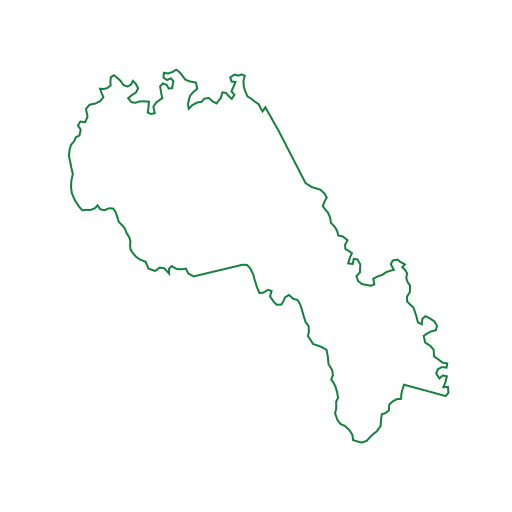 Videira, Santa Catarina, Brazil (Equal Earth projection), rotated 171°
{"feature_id": "56859067B98115345951737", "entity_name": "Videira", "entity_type": "district", "adm_level": 2, "iso_a3": "BRA", "parent_name": "Brazil", "parent_adm1": "Santa Catarina", "projection": "equal_earth", "projection_center": [-51.136, -26.989], "detail": "fine", "context": "isolated", "style": "outline", "palette": "green", "viewbox_px": 512, "rotation_deg": 171, "n_neighbors": 0, "source": "geoboundaries", "source_scale": "gbopen_adm2", "svg_char_len": 3760}
<svg xmlns="http://www.w3.org/2000/svg" viewBox="0 0 512 512"><g transform="rotate(171 256 256)"><path d="M90.0,163.5L94.7,167.7L98.2,170.1L101.6,167.7L102.9,162.6L106.5,165.2L107.1,171.8L108.5,180.4L111.5,184.1L113.9,187.5L113.1,192.4L109.7,196.3L108.5,202.5L110.4,206.7L111.0,210.8L109.5,215.3L111.0,219.1L113.3,222.1L110.2,224.4L114.0,227.3L117.0,230.4L121.7,230.1L124.1,226.9L122.1,220.7L126.6,220.3L130.2,219.6L134.2,217.6L139.2,216.7L143.7,215.3L143.6,209.4L147.1,208.7L151.6,210.1L156.0,211.9L159.0,215.3L160.0,220.3L155.9,223.6L154.3,231.4L156.4,236.8L159.9,237.8L161.7,233.0L166.1,234.3L163.2,240.2L160.8,243.8L163.4,246.3L166.6,248.9L166.3,253.1L163.2,257.3L167.3,261.8L171.5,263.3L172.0,268.3L173.7,272.6L176.8,276.9L176.8,282.4L178.2,287.8L180.3,291.0L182.2,294.8L179.5,299.6L177.0,302.4L178.5,307.0L182.3,311.6L190.2,315.4L195.6,320.2L200.6,335.3L213.9,375.6L223.5,401.4L226.9,397.8L228.4,401.4L229.4,405.3L232.5,408.2L236.2,412.2L239.3,414.8L240.7,419.5L241.6,425.4L240.9,431.3L238.9,435.8L241.8,437.6L245.2,436.9L248.8,438.5L253.5,436.5L252.9,432.2L249.1,431.1L251.7,426.8L254.5,422.5L252.1,418.6L255.4,415.0L258.2,418.6L260.1,421.7L263.5,422.9L266.0,417.7L271.1,412.9L274.5,415.4L278.0,419.5L282.3,419.5L285.6,416.8L290.0,416.8L295.3,415.0L299.3,412.0L299.5,416.5L297.6,421.5L295.5,425.2L292.0,427.9L287.9,430.4L288.2,436.6L294.1,438.8L298.2,441.2L300.5,445.6L303.0,449.8L305.7,452.5L309.7,450.8L314.4,450.0L318.3,451.4L319.5,446.6L316.3,443.7L312.3,444.8L310.2,441.5L312.7,434.9L316.0,435.1L317.4,438.9L321.0,441.0L324.2,438.5L324.1,431.4L323.9,426.5L330.5,423.3L334.0,419.5L333.7,412.9L337.6,412.7L340.5,414.7L339.1,419.0L337.6,425.2L342.5,426.3L347.1,426.9L351.0,426.2L355.0,427.4L357.6,431.9L353.5,434.3L349.1,436.2L346.2,440.1L347.6,444.4L350.1,448.2L352.8,444.7L356.4,443.5L360.1,445.5L362.3,450.0L365.5,454.1L368.1,456.8L371.4,455.3L372.5,451.2L372.9,447.1L377.0,445.0L380.4,444.8L383.8,445.6L383.1,441.4L381.9,436.7L385.7,433.3L390.9,431.7L396.6,431.5L400.9,427.9L400.6,419.9L403.9,414.8L408.4,416.3L411.4,412.8L409.4,408.2L411.5,402.7L415.4,401.4L417.7,397.8L421.4,394.6L423.5,390.1L425.1,384.2L424.8,379.0L424.6,372.6L424.1,365.7L426.7,358.9L427.9,353.1L428.1,346.9L426.1,339.2L423.1,332.6L420.4,328.3L416.1,328.1L412.3,327.4L407.7,328.3L404.6,330.8L402.5,326.5L398.6,324.9L393.6,326.1L389.7,325.2L387.8,321.5L386.8,315.6L386.2,311.1L383.7,307.7L381.3,304.0L380.3,299.1L378.3,294.4L377.7,290.3L378.7,286.4L378.9,281.9L376.8,277.4L374.2,273.5L371.0,270.6L365.9,267.6L364.2,260.4L358.0,257.0L352.9,259.6L348.6,258.3L344.6,252.2L343.9,257.0L340.9,259.2L336.5,255.7L331.9,254.5L327.3,254.5L325.6,249.3L320.9,245.6L275.5,249.1L270.9,249.5L266.2,248.6L263.5,244.5L261.6,238.2L261.0,232.3L259.9,224.9L258.4,218.9L254.5,218.7L249.4,220.7L246.1,219.0L248.4,213.9L245.5,207.6L243.2,204.7L238.6,204.0L235.8,207.4L233.7,210.6L229.6,212.4L225.7,207.7L221.8,206.1L219.9,201.2L218.9,194.5L218.1,187.9L217.4,183.0L215.0,178.4L215.6,173.0L217.2,168.8L215.0,164.1L213.3,160.0L210.1,158.5L205.0,155.5L201.0,152.3L200.8,144.7L201.3,138.0L198.6,131.3L198.7,126.1L201.0,122.2L199.1,118.4L197.9,114.5L197.2,108.4L197.1,103.2L199.6,99.6L200.6,92.8L202.5,88.3L201.2,81.2L198.7,76.7L194.7,74.2L190.9,69.3L188.8,64.3L188.9,59.0L184.5,56.8L180.6,55.2L175.7,56.1L171.8,59.2L168.2,61.7L164.3,63.8L159.6,68.5L157.9,75.6L156.4,80.1L153.0,80.5L149.0,82.6L147.6,88.5L143.7,91.0L139.3,92.6L135.0,92.2L134.2,96.4L132.4,100.9L129.9,105.7L90.5,88.0L87.4,90.7L86.9,96.7L91.5,97.1L88.8,101.4L86.3,107.3L90.2,108.8L94.0,106.4L96.4,111.8L94.1,115.7L89.8,117.2L85.3,115.9L83.9,120.0L88.5,121.5L91.7,125.0L95.8,128.8L95.2,135.6L97.8,139.9L102.4,144.0L102.9,150.8L100.0,152.3L94.9,154.1L90.0,154.6L88.1,158.7L90.0,163.5Z" fill="none" stroke="#15803d" stroke-width="2"/></g></svg>